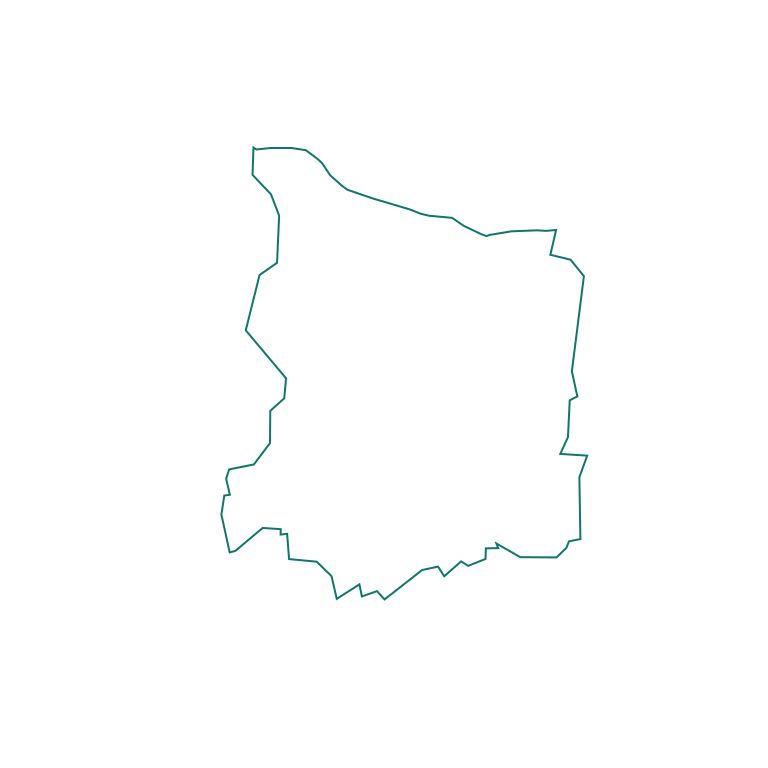 the district of Teartse, Tearce, North Macedonia, rotated 39°
{"feature_id": "65306769B20870628535314", "entity_name": "Teartse", "entity_type": "district", "adm_level": 2, "iso_a3": "MKD", "parent_name": "North Macedonia", "parent_adm1": "Tearce", "projection": "albers", "projection_center": [21.037, 42.097], "detail": "fine", "context": "isolated", "style": "outline", "palette": "teal", "viewbox_px": 768, "rotation_deg": 39, "n_neighbors": 0, "source": "geoboundaries", "source_scale": "gbopen_adm2", "svg_char_len": 1149}
<svg xmlns="http://www.w3.org/2000/svg" viewBox="0 0 768 768"><g transform="rotate(39 384 384)"><path d="M628.9,396.6L626.8,389.9L634.2,380.9L594.5,333.5L587.0,311.8L565.0,327.4L560.4,309.5L538.6,279.8L542.1,272.0L522.0,255.9L471.5,174.4L450.7,170.0L432.0,178.9L420.8,156.0L413.7,162.9L406.2,168.3L396.6,176.7L387.0,185.1L372.3,201.6L370.7,204.4L365.6,206.3L350.2,210.0L346.5,210.9L332.4,212.0L322.6,218.5L313.3,224.8L305.3,228.6L294.2,232.1L270.7,241.8L259.5,246.5L233.3,256.1L226.5,256.4L210.9,255.7L197.2,251.4L191.1,250.9L176.1,251.5L163.9,258.6L147.5,271.8L137.3,282.0L133.8,282.4L150.2,304.2L176.8,307.7L196.6,319.2L224.6,357.1L218.7,377.6L242.8,429.3L304.3,441.2L315.5,457.9L312.5,476.4L332.6,501.7L333.5,528.4L317.4,547.8L320.9,556.9L333.9,567.1L330.1,571.2L339.8,587.8L370.1,612.0L373.5,607.2L380.3,572.2L395.1,561.8L398.4,566.1L403.0,561.4L420.4,579.8L443.6,564.4L464.2,566.4L482.5,580.7L491.0,555.2L500.5,563.0L508.9,549.4L520.0,551.1L530.7,504.6L540.9,491.9L551.8,495.5L555.6,473.3L563.8,472.4L573.0,456.1L566.6,447.6L576.0,439.7L571.8,437.2L598.9,432.8L627.2,410.2L628.9,396.6Z" fill="none" stroke="#0f766e" stroke-width="2"/></g></svg>